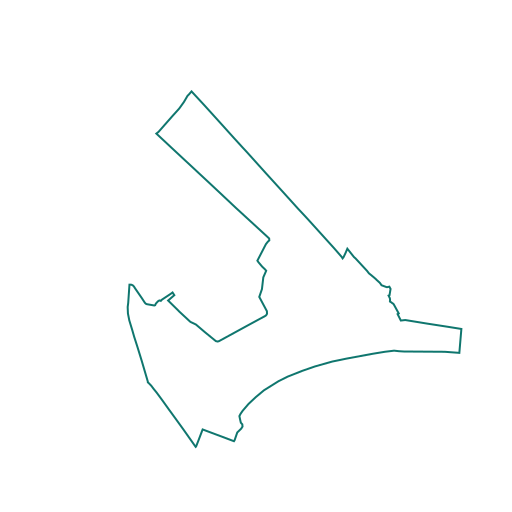 Thanh Khe, Đà Nẵng, Vietnam (Robinson projection), rotated 154°
{"feature_id": "81297802B31644345342604", "entity_name": "Thanh Khe", "entity_type": "district", "adm_level": 2, "iso_a3": "VNM", "parent_name": "Vietnam", "parent_adm1": "Đà Nẵng", "projection": "robinson", "projection_center": [108.193, 16.056], "detail": "fine", "context": "isolated", "style": "outline", "palette": "teal", "viewbox_px": 512, "rotation_deg": 154, "n_neighbors": 0, "source": "geoboundaries", "source_scale": "gbopen_adm2", "svg_char_len": 2466}
<svg xmlns="http://www.w3.org/2000/svg" viewBox="0 0 512 512"><g transform="rotate(154 256 256)"><path d="M241.8,432.2L245.5,430.6L247.3,430.0L253.3,426.0L259.6,422.6L260.6,422.1L269.3,418.6L289.2,410.3L291.9,409.7L284.7,390.9L264.0,337.1L253.0,308.1L237.6,268.9L236.5,266.0L237.2,264.2L239.0,263.7L241.9,262.3L256.8,251.2L256.5,249.2L255.1,243.7L253.8,240.2L253.3,238.3L258.8,233.6L265.2,223.6L271.0,217.8L270.4,201.6L271.4,199.3L272.3,198.6L273.5,198.1L294.3,197.2L326.6,195.7L327.9,195.9L329.4,197.1L335.3,209.9L340.0,220.7L341.4,222.5L343.5,225.1L344.0,225.9L349.4,239.9L349.8,241.2L354.5,254.5L346.6,256.6L347.0,259.8L349.1,259.4L359.7,258.0L361.2,257.4L361.5,257.9L361.9,258.2L362.4,258.4L362.8,258.4L363.3,258.2L363.9,258.3L366.9,257.1L368.2,256.0L369.1,256.1L374.2,259.8L375.4,260.7L376.0,261.5L376.1,261.8L376.4,262.8L376.7,265.1L377.1,268.3L378.9,280.2L379.0,281.4L379.2,282.5L379.6,283.6L380.4,284.6L381.0,285.1L382.3,285.7L391.4,269.9L393.7,266.4L396.3,260.5L398.1,253.7L399.7,243.6L400.9,236.8L402.3,227.1L402.9,223.2L404.7,211.7L408.3,190.5L408.6,189.8L408.2,189.0L407.0,185.3L406.3,181.6L405.2,176.9L403.8,169.3L403.2,165.9L401.4,155.2L401.3,154.8L398.6,139.4L397.3,131.9L393.9,110.9L393.3,111.1L388.2,115.8L380.0,123.5L357.0,99.2L356.0,99.8L350.2,105.6L345.0,107.3L342.9,108.6L342.1,110.7L342.7,112.8L342.0,115.9L341.1,119.4L339.1,120.9L336.3,122.5L334.8,123.2L327.6,126.3L317.9,129.3L307.7,131.8L290.6,133.6L280.4,133.7L264.8,132.5L251.5,130.9L233.7,127.7L225.6,125.6L220.0,124.2L194.1,117.0L182.1,113.4L175.5,111.1L173.4,110.4L169.3,107.8L164.9,105.3L155.0,100.4L128.4,87.2L115.7,79.8L103.4,100.4L114.5,108.2L131.5,120.0L149.9,133.0L154.1,134.5L154.2,141.7L152.9,141.8L153.4,152.3L153.5,152.6L153.6,153.0L153.9,153.4L154.2,153.9L154.5,154.6L154.8,155.2L155.1,155.6L155.4,155.9L155.5,156.3L155.5,156.6L155.4,156.8L155.1,157.1L154.8,157.7L154.6,158.2L154.4,158.7L154.2,159.6L154.2,162.1L154.2,162.3L153.1,162.3L152.5,163.2L149.5,167.4L149.6,170.0L151.5,170.4L152.3,170.8L156.0,174.7L156.2,176.1L156.4,177.3L156.7,178.3L157.2,179.4L157.5,180.3L158.0,181.4L158.4,182.7L159.0,184.1L159.5,185.3L160.0,186.4L160.4,187.2L160.5,187.6L160.8,188.2L162.1,190.9L162.7,193.9L167.6,210.2L168.4,212.1L170.7,222.5L174.4,219.3L177.8,216.6L179.2,215.9L179.4,217.6L182.4,228.8L188.3,249.2L193.6,267.5L197.5,280.2L204.4,304.1L211.0,326.7L218.8,353.9L220.3,358.8L224.1,371.7L229.9,391.9L236.3,414.0L241.8,432.2Z" fill="none" stroke="#0f766e" stroke-width="2"/></g></svg>